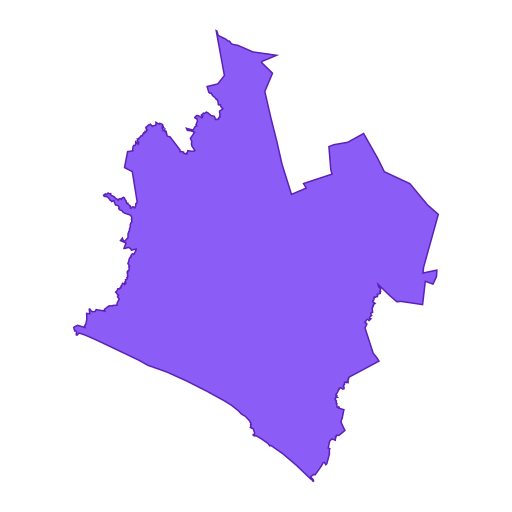 Petatlán, Guerrero, Mexico
{"feature_id": "50627088B29884383288787", "entity_name": "Petatlán", "entity_type": "district", "adm_level": 2, "iso_a3": "MEX", "parent_name": "Mexico", "parent_adm1": "Guerrero", "projection": "natural_earth1", "projection_center": [-101.255, 17.633], "detail": "fine", "context": "isolated", "style": "filled", "palette": "violet", "viewbox_px": 512, "rotation_deg": 0, "n_neighbors": 0, "source": "geoboundaries", "source_scale": "gbopen_adm2", "svg_char_len": 6068}
<svg xmlns="http://www.w3.org/2000/svg" viewBox="0 0 512 512"><path d="M438.3,214.4L427.5,204.9L409.9,183.7L384.3,171.7L377.6,158.2L363.6,133.5L347.7,142.3L334.2,144.6L328.9,146.6L330.8,169.7L332.0,174.1L303.5,183.5L306.2,188.1L291.5,194.4L282.0,164.2L276.9,141.7L270.7,117.1L264.8,91.5L272.5,73.2L261.5,62.5L262.0,61.4L276.5,55.3L252.8,51.9L238.0,45.4L232.8,44.4L231.4,43.7L229.4,41.1L227.8,41.0L226.4,39.5L218.2,35.4L216.9,31.1L216.2,30.7L224.4,75.5L217.8,83.9L207.1,86.5L208.8,92.3L210.1,93.3L211.4,93.2L212.1,94.9L213.4,96.4L214.8,97.3L216.3,99.4L217.0,99.3L218.0,101.6L218.4,104.8L220.4,104.8L220.3,105.4L221.5,107.6L222.8,108.5L222.7,109.1L219.6,111.0L219.5,112.0L220.1,114.5L219.7,115.1L220.2,116.8L219.8,117.2L219.3,117.1L218.8,117.8L218.7,118.9L217.8,119.3L217.3,119.1L217.0,119.6L216.5,119.3L215.8,119.6L215.3,119.3L214.9,117.4L214.1,116.2L211.2,115.6L208.1,113.0L206.3,112.1L204.5,113.5L203.4,113.1L203.2,113.6L201.3,115.1L202.3,116.3L202.7,116.3L202.0,117.8L198.3,115.7L196.4,115.5L196.1,116.3L194.8,117.3L195.0,118.0L197.0,119.0L197.5,120.9L196.0,124.6L196.9,125.7L194.9,126.9L193.1,130.1L186.4,128.3L187.4,130.4L190.9,130.8L194.6,132.3L190.4,138.4L191.8,141.4L191.4,144.0L192.1,146.4L194.9,150.5L194.2,151.1L192.0,151.3L187.9,150.7L188.0,151.2L186.5,153.3L187.5,154.1L184.1,153.4L183.6,153.1L183.7,152.2L181.6,151.5L180.0,151.7L180.0,149.9L170.0,136.8L167.8,136.3L166.9,135.6L166.9,134.0L166.4,133.8L166.2,133.2L166.4,132.7L165.6,132.0L166.2,131.7L166.2,131.4L165.0,130.9L164.7,129.8L163.2,130.7L162.2,127.4L163.8,127.8L163.2,127.2L163.3,126.3L162.5,125.6L162.7,124.9L162.0,124.2L159.8,123.3L159.4,124.0L157.7,123.5L156.0,122.3L155.9,125.3L152.2,125.9L152.1,126.2L150.4,124.2L148.9,124.9L149.2,124.5L145.8,127.4L146.0,128.3L146.5,128.9L146.4,129.7L147.1,130.1L146.0,131.7L145.0,131.4L144.9,132.8L144.4,133.3L143.6,132.9L142.1,135.9L141.2,135.7L139.7,137.7L138.6,138.4L138.5,139.1L137.5,139.1L137.8,139.5L137.1,140.8L138.8,142.8L138.0,143.5L138.0,144.0L135.7,141.9L135.5,144.7L134.9,145.5L133.9,145.3L133.1,146.4L132.7,149.1L132.9,150.8L127.6,151.6L124.5,167.6L132.3,171.6L137.2,202.2L135.7,204.0L135.8,205.7L134.8,207.9L133.1,206.7L132.0,207.1L131.5,208.0L130.4,208.1L130.3,206.0L128.2,204.4L127.8,203.2L127.2,203.5L126.7,203.3L126.1,200.8L125.0,199.6L124.4,197.8L123.3,197.3L122.2,198.1L121.4,199.3L120.9,198.6L119.7,198.8L118.5,199.3L118.2,200.2L117.0,199.1L115.6,198.4L114.4,196.9L110.8,195.1L110.7,193.6L109.1,193.8L108.1,193.0L106.4,194.5L106.1,194.6L105.3,193.9L103.6,195.2L104.3,196.4L106.9,196.7L108.1,197.4L110.2,200.3L111.1,200.7L111.6,201.5L113.9,200.7L114.4,202.5L115.7,205.1L117.4,205.4L118.4,206.0L119.1,207.2L118.7,208.2L119.3,209.6L122.1,210.8L123.0,212.2L124.8,213.2L130.1,215.0L131.3,216.3L131.9,217.8L131.4,219.1L131.8,219.9L131.7,222.1L130.9,222.9L130.2,224.8L130.4,225.7L130.1,227.5L129.6,228.5L129.3,231.0L128.7,231.7L128.0,234.0L128.0,237.6L124.5,241.4L123.2,240.3L122.4,238.1L120.5,240.6L126.0,243.0L124.0,248.4L125.1,248.4L128.4,247.4L130.3,248.4L131.5,250.2L136.1,249.0L135.9,250.5L133.8,254.4L132.8,253.7L131.8,254.3L130.9,255.9L131.0,257.1L130.2,257.2L129.1,259.2L128.9,260.8L127.9,263.5L129.5,266.1L128.8,266.8L129.1,267.3L129.0,270.6L127.7,270.9L127.3,271.8L127.7,272.1L127.2,272.9L127.6,273.2L127.5,275.8L127.9,276.1L127.5,277.1L126.9,277.6L127.4,278.1L127.0,279.1L125.7,279.6L126.0,280.0L124.9,282.0L124.9,282.8L125.7,282.7L125.5,283.9L124.6,284.5L123.8,283.6L122.5,283.3L121.8,285.4L121.4,286.3L121.0,286.2L120.7,287.9L120.1,287.8L119.5,288.9L117.8,288.7L117.1,290.7L115.6,292.1L117.6,294.2L117.5,294.7L118.5,295.2L117.5,296.9L119.2,298.9L117.1,303.1L117.0,305.2L113.0,305.4L112.4,306.0L109.1,305.8L104.6,309.2L104.9,311.2L103.4,310.5L103.1,310.8L96.1,309.6L95.3,311.4L93.0,311.7L91.3,311.2L89.8,309.0L89.2,309.2L89.8,313.7L86.6,313.4L86.8,319.1L85.9,323.7L84.5,326.1L85.1,327.5L77.6,325.3L74.3,326.9L73.7,327.6L74.7,330.8L75.1,330.5L75.6,330.7L76.7,332.2L76.2,334.0L76.4,335.0L77.1,335.1L79.0,333.2L80.0,333.3L84.9,335.0L95.5,339.6L138.4,360.0L148.1,365.4L166.5,371.9L186.5,380.9L206.6,391.1L224.3,400.8L231.1,405.0L238.2,410.6L241.6,414.2L245.2,416.2L250.0,421.3L250.1,422.3L250.8,422.8L250.8,423.9L251.1,424.5L250.6,424.8L250.9,426.6L250.3,427.2L251.6,428.3L252.6,428.2L253.3,429.1L254.6,432.8L254.2,434.5L253.2,434.6L253.4,435.5L254.9,436.0L255.2,435.6L256.1,435.7L260.9,438.5L267.8,443.3L269.8,445.9L270.7,445.5L271.3,445.7L282.6,453.6L296.4,465.3L310.7,479.0L311.7,479.5L313.1,481.3L313.6,481.0L313.0,479.4L311.4,477.8L310.8,476.6L313.8,474.5L315.1,474.8L321.2,466.3L323.1,462.7L324.3,462.3L325.8,464.7L326.8,463.7L329.4,454.1L329.3,450.6L329.8,448.6L328.2,448.1L329.7,441.0L332.0,438.9L335.3,440.2L335.3,438.9L335.9,437.7L335.4,436.7L336.5,436.1L336.5,435.3L338.9,435.4L344.9,430.5L341.2,422.6L341.1,420.6L342.1,418.6L343.9,409.7L338.7,408.1L339.1,407.3L338.8,406.8L338.3,407.4L337.1,407.2L336.8,404.6L336.4,403.9L336.9,403.4L336.1,402.4L336.4,400.9L335.4,400.0L335.5,399.1L335.0,398.8L335.9,397.5L337.1,397.3L336.4,396.9L336.7,396.2L336.1,396.4L335.8,396.0L336.2,394.8L336.0,394.2L336.5,394.0L338.2,390.9L338.6,389.3L339.0,389.5L339.7,388.6L339.5,388.2L340.8,387.7L342.7,389.1L344.0,388.8L344.1,387.6L343.4,386.1L343.7,385.8L343.5,385.3L344.5,384.4L344.4,382.4L344.9,382.1L346.5,382.6L347.0,381.9L347.9,382.7L348.2,381.3L347.9,379.7L348.6,379.0L348.4,378.5L348.9,377.9L348.7,377.3L379.0,361.1L376.9,357.8L373.2,353.3L365.0,327.9L366.9,324.0L366.5,323.3L364.8,322.5L367.1,319.3L368.3,319.6L369.0,320.6L370.9,318.8L369.6,318.3L369.5,317.3L371.6,315.4L371.0,314.9L370.8,313.0L372.6,312.4L372.2,308.4L373.4,305.8L372.9,305.6L373.8,304.2L375.1,303.5L374.4,302.8L374.0,303.3L372.7,301.7L373.0,301.4L372.8,300.6L373.6,300.2L374.2,298.6L373.8,297.9L374.2,297.0L375.5,297.3L376.2,296.8L377.4,296.6L377.7,295.7L377.3,294.3L380.3,293.4L380.3,292.5L379.8,292.0L380.6,291.4L380.1,290.5L380.6,289.8L380.4,288.3L378.7,286.9L378.0,284.3L390.0,295.8L396.9,301.8L401.0,301.4L422.6,304.6L425.3,281.3L433.0,284.1L436.5,276.6L436.9,270.1L423.0,273.0L423.6,267.2L438.3,214.4Z" fill="#8b5cf6" stroke="#5b21b6" stroke-width="1.5"/></svg>